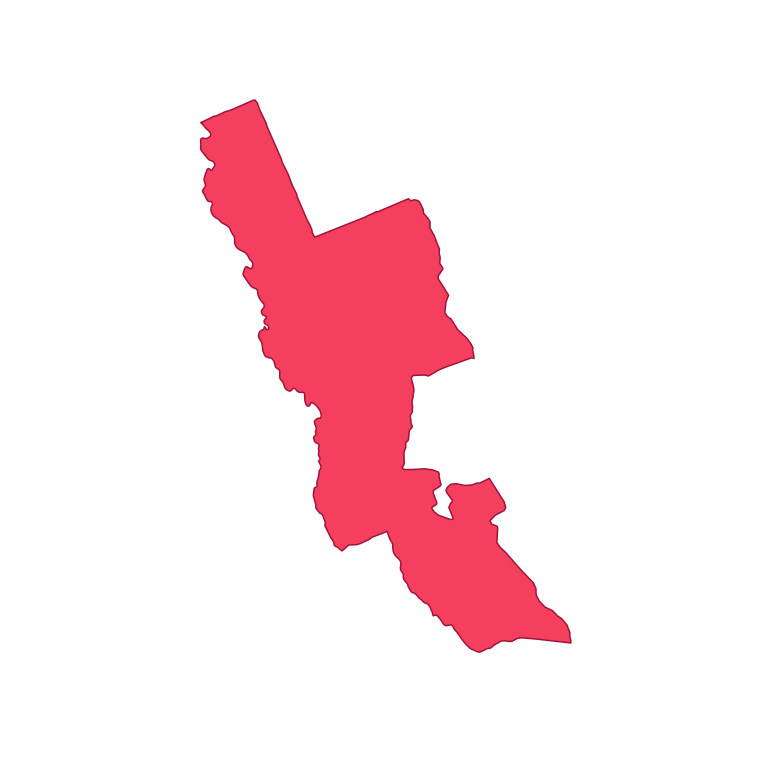 Patulul, Suchitepéquez, Guatemala (Natural Earth projection), rotated 146°
{"feature_id": "79465075B31102822949903", "entity_name": "Patulul", "entity_type": "district", "adm_level": 2, "iso_a3": "GTM", "parent_name": "Guatemala", "parent_adm1": "Suchitepéquez", "projection": "natural_earth1", "projection_center": [-91.15, 14.387], "detail": "fine", "context": "isolated", "style": "filled", "palette": "rose", "viewbox_px": 768, "rotation_deg": 146, "n_neighbors": 0, "source": "geoboundaries", "source_scale": "gbopen_adm2", "svg_char_len": 6147}
<svg xmlns="http://www.w3.org/2000/svg" viewBox="0 0 768 768"><g transform="rotate(146 384 384)"><path d="M389.7,703.1L389.1,699.9L388.7,695.8L387.6,690.8L387.6,689.3L388.0,687.9L389.0,686.8L389.7,686.5L391.2,686.4L393.8,686.8L394.9,687.2L396.3,689.0L397.3,689.5L398.6,689.5L399.6,688.8L400.1,688.1L401.8,685.1L404.2,682.0L404.7,680.8L404.8,677.7L404.0,669.1L403.5,667.3L401.4,664.3L401.2,663.4L401.2,661.7L401.6,660.2L402.4,659.4L404.4,658.8L406.8,657.5L407.8,657.7L408.3,659.5L408.8,660.6L409.8,660.9L410.6,660.8L414.8,657.8L418.6,654.5L419.3,653.4L420.4,649.5L421.5,648.1L422.3,647.3L425.3,646.4L426.2,645.8L426.9,644.7L427.1,640.6L427.7,636.8L427.8,634.9L427.6,633.8L426.8,632.9L425.8,632.5L425.1,631.5L425.1,630.4L425.5,629.1L426.7,628.2L427.7,627.8L429.2,626.4L430.2,624.9L431.1,622.7L431.4,620.2L431.3,618.1L431.0,617.1L429.1,613.1L428.4,608.7L425.2,602.3L424.9,600.7L424.9,598.5L425.6,595.1L425.8,590.2L426.1,589.0L426.6,588.1L429.2,584.0L429.7,581.6L429.8,579.9L429.4,577.9L428.8,576.4L426.0,571.4L425.3,569.3L425.2,565.7L425.6,563.1L425.6,562.0L425.1,559.6L425.3,557.3L426.2,555.9L427.2,555.1L428.4,554.1L429.3,553.8L430.4,554.4L431.8,557.4L432.4,558.2L433.6,558.3L437.7,555.6L438.9,554.5L439.5,553.6L439.9,551.2L439.7,540.3L439.4,538.8L438.7,537.1L436.9,534.5L436.5,533.5L436.6,532.2L438.5,528.5L439.3,525.4L439.3,521.2L438.9,517.9L439.0,516.9L439.6,515.7L440.6,514.6L443.8,513.7L444.8,513.0L445.6,511.9L445.9,510.4L445.8,509.0L444.4,506.9L444.0,505.5L444.9,504.5L447.4,503.9L448.4,503.1L448.8,502.3L449.1,501.1L448.9,500.0L447.9,498.2L447.6,497.3L447.7,496.1L448.3,494.9L449.2,494.3L450.2,494.2L451.0,494.9L450.7,497.4L451.2,498.3L453.2,496.6L454.2,496.6L455.5,497.1L457.3,496.9L458.3,496.5L459.4,495.9L460.6,494.7L461.4,493.6L461.9,492.3L462.2,487.1L462.8,485.2L465.7,479.6L466.7,475.9L466.8,474.0L466.7,472.8L464.8,470.2L462.8,468.2L462.6,467.2L462.5,465.5L462.6,464.0L464.2,459.5L464.4,458.6L464.1,457.0L463.5,456.0L463.0,454.5L463.2,453.0L466.8,447.8L467.2,446.3L466.9,442.0L467.2,440.0L468.1,437.3L468.2,434.9L467.9,433.6L467.2,432.2L466.3,431.0L464.8,430.4L461.9,431.0L461.0,430.9L460.3,429.8L459.9,426.5L459.1,424.8L457.2,423.2L455.4,422.1L455.2,421.0L455.5,420.1L458.8,414.6L459.5,413.0L460.1,410.4L460.0,409.0L459.3,408.0L458.3,407.7L457.2,407.9L455.3,409.3L454.3,408.9L453.4,407.5L452.6,405.8L452.0,401.9L452.0,397.6L452.5,395.9L453.2,393.7L454.8,391.6L456.0,391.1L456.9,392.0L458.0,392.6L459.8,392.6L461.6,392.3L462.6,391.9L463.1,391.2L464.0,388.6L464.3,386.3L465.4,384.5L466.4,383.6L467.4,383.0L468.0,381.9L468.3,380.6L469.1,379.8L471.3,379.6L472.2,379.1L472.8,377.9L473.5,375.8L473.6,374.2L472.0,371.2L471.8,370.4L472.1,369.1L473.2,368.5L474.4,367.2L475.9,364.2L477.8,362.3L478.1,361.5L478.6,358.0L479.3,357.2L480.3,357.0L481.4,356.5L482.1,351.8L482.7,350.2L483.5,349.4L485.7,348.6L486.4,348.1L490.3,343.6L493.6,341.0L495.3,339.1L496.3,337.2L497.3,336.4L499.6,336.7L500.4,336.3L504.3,332.0L505.1,330.8L507.9,322.5L509.8,319.2L509.9,317.5L509.4,312.9L508.6,311.7L508.3,310.4L508.3,309.3L510.0,302.2L512.2,299.6L512.5,298.6L512.9,294.5L514.1,286.6L514.0,281.5L515.2,278.6L515.3,277.5L514.8,276.1L514.0,275.1L513.5,273.8L512.9,271.3L512.1,269.1L503.2,270.2L496.9,266.3L493.2,265.0L482.7,263.4L479.8,263.7L463.8,260.0L465.7,253.1L466.0,250.5L466.0,248.2L466.6,245.9L468.5,242.9L470.1,239.7L470.5,237.0L470.5,234.7L469.5,230.3L469.5,227.9L469.9,226.6L470.5,225.5L472.8,223.0L473.6,221.8L474.1,220.6L474.3,219.2L474.3,215.7L474.6,215.0L476.0,213.2L476.8,211.0L476.7,208.1L476.3,205.6L476.5,204.5L477.1,203.1L477.3,201.8L477.6,198.0L477.6,196.2L477.0,195.0L475.9,193.9L475.5,193.0L475.0,190.9L474.6,186.6L473.7,184.5L473.2,181.0L472.7,180.0L471.2,177.9L470.8,176.8L470.6,174.8L470.8,171.7L471.3,170.2L471.7,167.5L472.7,165.2L472.6,164.1L471.9,164.2L470.2,163.4L469.4,162.0L468.8,156.5L469.0,152.5L468.9,151.0L468.4,149.9L467.6,149.0L466.6,148.3L463.4,147.1L462.6,146.2L462.4,144.9L462.9,141.5L462.3,137.5L462.2,128.4L461.6,122.0L460.6,117.5L459.9,115.5L456.0,109.4L454.6,108.2L449.9,107.3L447.0,107.1L443.3,105.5L438.0,106.0L430.7,105.4L427.9,103.9L423.3,99.9L421.4,99.1L415.7,98.5L411.7,96.6L399.6,86.7L374.0,64.9L372.6,66.6L371.0,71.0L368.9,74.1L367.1,81.6L367.9,90.0L369.7,94.4L371.0,101.7L375.3,109.1L376.6,116.9L376.1,122.8L375.1,125.4L372.4,129.4L371.4,135.8L374.5,153.6L377.3,176.2L378.9,182.9L379.1,189.4L370.3,201.0L369.8,202.8L371.4,205.3L373.0,207.3L372.8,211.3L365.3,213.0L355.1,211.9L352.2,213.4L350.3,219.2L349.5,246.9L360.0,248.3L362.4,249.9L367.6,251.2L373.6,254.6L379.9,261.0L384.6,263.5L389.5,262.9L391.9,261.3L392.7,259.1L392.4,249.4L393.5,248.1L395.5,247.9L399.3,245.4L401.7,234.2L402.7,233.6L403.8,233.9L405.2,235.2L412.1,244.6L413.8,249.6L414.0,254.2L413.0,254.9L408.1,254.8L406.7,255.7L404.1,266.3L402.3,268.1L395.0,267.9L393.1,268.6L390.0,276.7L388.4,278.8L388.2,280.6L391.7,285.6L397.5,290.8L407.7,296.9L414.2,301.2L415.7,302.9L415.9,304.2L412.8,305.9L411.3,307.2L408.5,311.8L406.1,315.5L404.0,317.6L402.3,318.6L401.1,319.6L399.5,322.3L398.7,322.9L397.7,323.3L395.9,323.6L394.9,324.2L392.2,327.5L390.9,328.8L390.2,330.0L388.5,331.5L385.3,332.2L384.0,333.6L383.9,335.0L383.4,336.6L381.7,339.3L381.1,341.0L380.0,343.0L376.2,345.0L372.7,349.7L371.6,352.1L370.5,353.9L367.7,356.5L364.8,359.9L363.0,361.6L362.2,362.9L360.1,367.8L358.7,372.1L358.1,373.3L357.1,374.3L355.6,374.7L354.8,374.5L349.4,371.4L345.1,368.5L342.7,365.8L330.0,364.9L321.6,363.1L296.6,356.7L295.2,354.9L293.9,356.7L291.7,362.4L290.0,364.3L289.4,369.9L289.7,375.4L292.5,388.0L292.1,400.5L293.8,404.5L293.6,409.2L286.7,417.4L280.8,421.5L280.2,441.0L278.4,443.4L271.2,446.2L270.4,447.3L270.3,452.8L266.8,457.3L265.0,461.9L262.5,464.9L261.8,468.9L259.4,479.0L258.7,487.4L255.1,492.8L254.9,496.5L255.7,503.4L253.9,506.9L252.7,514.6L253.2,516.9L255.5,519.5L259.6,521.2L260.1,523.9L292.9,530.3L293.9,531.1L307.6,533.2L359.4,544.5L358.7,550.2L357.9,551.2L356.6,556.6L355.8,564.0L351.3,587.6L350.2,590.5L348.9,600.2L346.2,611.3L344.4,625.2L343.5,627.1L336.9,663.1L335.8,666.4L333.7,681.1L331.9,687.7L332.1,691.4L333.9,692.4L357.6,696.7L362.9,698.4L373.8,700.2L375.2,701.1L389.7,703.1Z" fill="#f43f5e" stroke="#9f1239" stroke-width="1.5"/></g></svg>